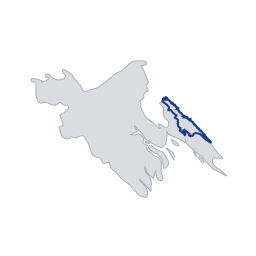 Rangamati, Chittagong, Bangladesh shown in context, rotated 323°
{"feature_id": "16705992B35610473312733", "entity_name": "Rangamati", "entity_type": "district", "adm_level": 2, "iso_a3": "BGD", "parent_name": "Bangladesh", "parent_adm1": "Chittagong", "projection": "equal_earth", "projection_center": [92.168, 22.796], "detail": "fine", "context": "in_parent", "style": "outline", "palette": "blue", "viewbox_px": 256, "rotation_deg": 323, "n_neighbors": 0, "source": "geoboundaries", "source_scale": "gbopen_adm2", "svg_char_len": 8588}
<svg xmlns="http://www.w3.org/2000/svg" viewBox="0 0 256 256"><g transform="rotate(323 128 128)"><path d="M95.2,181.1L95.2,175.0L92.1,162.9L92.2,161.5L91.6,155.7L90.8,152.5L90.4,149.0L92.4,144.1L91.6,143.3L87.3,141.8L86.8,140.5L87.8,135.7L84.7,131.1L83.5,127.6L86.9,116.6L87.8,108.9L87.6,107.4L85.6,105.7L82.0,105.0L79.4,103.6L77.9,101.4L76.7,100.5L75.1,101.2L73.1,100.3L71.5,98.2L70.1,95.6L70.7,92.7L73.4,85.9L74.4,85.7L76.6,87.0L77.5,87.0L79.0,84.4L81.2,76.8L88.5,77.4L90.2,77.2L92.0,76.6L93.0,75.6L93.6,74.4L93.4,73.3L91.2,71.9L90.3,70.8L89.8,67.8L89.1,66.6L84.7,66.5L82.5,65.1L81.2,63.8L79.0,59.7L76.3,56.6L73.7,55.9L72.7,54.9L72.2,53.3L72.5,51.1L73.9,46.7L81.2,37.3L81.4,36.2L81.1,35.0L79.0,33.5L78.9,32.8L79.5,30.8L80.7,30.6L83.2,32.4L85.7,35.3L87.2,37.8L87.2,39.9L89.2,40.3L90.8,41.2L92.5,40.9L93.6,41.4L94.4,41.2L94.7,40.1L93.3,37.1L94.0,35.9L95.6,35.9L96.8,37.0L97.7,39.3L97.8,42.9L99.7,46.1L102.3,48.4L104.3,49.4L106.7,50.2L108.8,49.4L109.8,47.2L109.4,45.2L109.7,43.4L110.5,42.4L111.8,42.5L112.8,43.9L115.5,51.6L114.9,55.0L115.5,64.3L114.8,70.5L115.2,72.8L115.7,73.3L119.9,74.4L126.1,76.9L130.8,77.8L152.2,77.1L156.8,78.3L171.1,77.4L175.0,79.4L179.2,82.6L181.6,84.9L182.0,86.3L181.8,87.5L181.0,88.1L179.5,88.1L176.1,86.6L175.6,87.0L175.5,90.8L172.8,100.1L172.4,102.9L171.5,104.1L168.6,104.7L166.8,110.1L166.0,110.8L164.1,109.6L163.0,109.8L161.5,110.3L160.1,111.5L159.1,113.1L157.9,113.6L153.9,113.5L153.2,116.0L150.5,119.3L148.7,128.1L148.8,130.8L151.0,137.8L152.6,146.9L153.2,147.8L153.9,147.9L154.0,143.7L154.7,143.2L155.6,143.7L157.5,149.3L158.6,150.7L160.2,151.1L162.1,150.2L163.5,148.6L164.1,146.8L163.6,140.7L164.5,138.2L167.8,134.5L168.3,133.4L168.1,127.3L169.3,127.0L170.9,127.5L173.0,126.1L173.7,126.0L174.5,127.6L176.0,127.3L178.2,139.5L178.4,148.1L178.9,152.8L179.7,153.9L182.2,161.1L184.6,186.3L184.8,202.4L185.8,207.9L185.0,209.1L184.2,209.3L183.5,207.4L178.2,203.3L176.9,203.7L175.1,206.1L174.4,208.3L174.7,211.4L175.2,214.5L176.5,216.2L176.6,218.1L178.0,225.4L177.6,225.4L174.7,218.8L171.2,212.3L170.1,200.7L170.0,195.0L167.6,188.3L165.4,176.5L166.4,172.4L164.7,174.2L162.1,167.2L157.9,160.3L156.7,157.3L156.7,154.3L154.9,157.3L152.5,159.4L150.0,162.5L148.4,163.5L143.2,164.0L140.2,159.8L135.9,149.6L135.4,147.2L136.0,141.2L135.0,135.5L134.7,130.4L133.9,130.9L133.6,132.3L133.8,134.4L133.5,136.2L126.2,135.0L129.3,138.0L132.6,138.7L134.3,141.4L134.4,145.9L131.1,148.6L131.4,150.9L133.3,153.6L131.0,154.4L130.4,156.2L130.3,158.8L131.9,162.8L131.6,164.3L134.3,169.5L134.8,172.0L134.1,175.5L128.2,182.7L126.5,187.7L125.0,190.1L123.2,190.5L121.0,188.1L121.0,185.6L121.4,183.7L124.5,179.0L122.9,179.6L118.0,183.5L117.1,180.3L116.6,177.4L116.6,173.8L118.9,168.5L116.3,171.1L115.5,174.5L115.8,178.4L115.5,181.2L114.4,184.8L113.0,187.0L110.8,188.4L109.7,190.6L108.2,192.2L107.7,184.8L106.2,174.9L105.8,177.1L106.6,183.2L106.5,187.2L105.3,190.4L102.8,193.8L100.9,194.2L99.8,193.7L96.2,188.6L96.0,183.8L95.2,181.1ZM138.9,181.3L134.5,182.4L132.2,182.1L136.5,173.2L136.3,169.2L135.7,166.0L133.6,163.3L133.5,161.5L132.5,159.0L132.0,156.0L134.4,155.0L136.3,156.7L137.0,160.1L137.9,162.6L141.2,167.8L141.2,171.0L140.2,178.9L138.9,181.3ZM148.3,178.3L145.6,180.7L146.6,166.7L148.5,171.9L149.0,174.7L148.3,178.3ZM158.6,171.3L157.4,172.3L156.3,171.5L154.9,168.2L155.6,164.0L156.1,163.4L157.8,167.6L158.6,171.3ZM168.5,201.0L167.0,201.2L166.2,200.2L166.6,198.7L166.2,194.2L168.1,193.7L168.8,197.5L168.5,201.0ZM166.8,188.2L165.7,192.8L165.2,190.7L166.0,186.8L166.8,188.2ZM135.6,151.7L136.0,153.1L133.6,151.2L132.9,149.9L134.0,149.2L135.6,151.7Z" fill="#d9dde1" stroke="#a8b0b8" stroke-width="1"/><path d="M185.3,189.3L185.5,189.0L185.8,188.9L185.8,188.7L185.5,187.0L185.5,186.9L185.3,186.9L185.3,186.7L185.4,186.3L185.3,186.1L185.3,185.7L185.2,185.6L185.3,185.5L185.1,184.9L185.3,184.8L185.3,184.6L184.9,183.9L185.0,183.5L184.8,182.9L185.0,182.8L185.1,182.2L184.8,182.1L184.8,181.5L184.6,181.5L184.4,180.3L184.0,179.9L184.1,179.7L184.4,179.7L184.4,179.4L184.8,179.6L184.7,179.8L184.8,180.0L185.1,180.1L185.3,179.6L185.2,178.7L185.2,178.4L184.9,178.3L184.9,177.4L184.8,177.0L184.7,177.0L184.7,175.6L184.7,175.3L184.5,175.2L184.5,174.9L184.5,174.7L184.6,174.1L184.5,173.8L184.4,173.7L184.5,173.7L184.4,173.5L184.5,173.4L184.3,173.0L184.3,172.1L184.2,172.1L184.1,171.7L184.1,171.4L184.0,170.9L183.9,170.8L184.0,170.7L183.8,170.5L183.9,170.4L183.8,170.1L183.7,169.9L183.9,169.9L183.7,169.8L183.8,169.7L183.7,169.2L183.7,168.9L183.6,168.6L183.6,167.7L183.7,167.4L183.6,167.2L183.7,166.9L183.6,166.7L183.4,166.3L183.5,166.3L183.4,166.1L183.5,165.9L183.4,165.8L183.2,165.8L183.2,165.5L183.0,165.3L183.1,165.1L183.1,164.9L183.3,164.9L183.4,164.4L183.3,163.9L183.2,163.8L183.2,163.6L183.3,163.7L183.2,163.5L183.2,163.2L183.3,163.0L183.3,162.8L183.1,162.8L183.1,162.6L183.1,162.3L183.1,162.2L183.1,161.9L183.2,161.7L183.0,161.4L182.8,160.3L182.9,159.8L182.7,159.6L182.8,159.4L182.6,159.5L182.6,159.2L182.5,159.3L182.3,159.1L182.2,159.2L181.8,159.0L181.9,158.7L181.8,158.1L181.7,157.7L181.7,157.8L181.7,157.3L181.5,157.0L181.6,156.9L181.4,156.5L181.4,156.4L181.5,156.1L181.2,155.7L181.5,155.8L181.4,155.6L181.5,155.3L181.4,155.2L181.5,155.1L181.2,155.0L181.3,154.8L181.1,154.6L181.2,154.0L181.1,153.9L180.8,154.3L180.7,154.1L180.4,153.5L180.4,153.1L180.2,153.3L180.0,153.2L179.9,153.4L179.8,153.2L179.9,152.8L179.3,152.8L179.3,152.6L179.2,152.6L179.3,152.5L179.2,152.4L179.4,152.0L179.2,151.8L179.3,151.8L179.3,151.7L179.3,151.4L179.4,151.2L179.5,151.0L179.5,150.4L179.5,150.1L179.4,150.0L179.5,149.5L179.5,149.3L179.6,149.1L179.7,148.5L179.5,148.0L179.5,147.8L179.4,147.7L179.1,147.1L178.8,146.9L179.1,146.1L178.8,145.9L178.9,145.5L179.0,145.1L178.8,144.4L178.9,144.2L178.7,144.1L178.7,142.8L178.7,142.5L178.6,142.4L179.9,142.4L180.0,142.3L179.9,142.2L179.9,141.8L179.6,141.6L179.6,141.4L179.8,141.5L179.6,140.9L179.4,140.8L179.5,140.1L179.3,139.8L179.3,139.6L179.2,139.7L179.2,139.2L179.3,138.7L179.4,138.4L179.4,138.2L179.1,138.0L179.2,137.8L179.0,138.0L178.8,137.8L179.0,137.6L178.7,137.5L178.9,137.2L178.8,137.3L178.7,136.9L178.7,136.7L178.8,136.9L178.8,136.7L178.6,136.4L178.5,135.8L178.4,135.7L178.2,135.9L178.1,135.3L178.2,135.0L178.0,134.9L178.2,134.7L177.8,134.5L177.9,134.4L178.0,134.4L177.9,134.3L178.0,134.2L177.8,134.0L177.9,133.9L177.8,133.7L178.0,133.5L177.9,133.4L177.9,133.1L177.8,132.9L177.7,133.0L177.7,132.8L177.8,132.6L177.7,132.4L177.6,132.1L177.6,131.8L177.7,131.6L177.6,131.3L177.6,131.2L177.6,130.9L177.4,130.4L177.3,130.5L177.2,130.3L177.1,130.2L177.1,130.3L177.1,129.6L177.3,129.4L177.1,129.2L176.9,129.1L176.8,129.3L176.8,129.1L176.9,128.8L176.7,128.7L177.2,127.4L177.1,126.7L176.8,126.4L176.8,126.2L176.5,125.9L176.1,126.0L175.9,126.1L175.8,126.3L175.9,127.0L175.7,127.3L175.7,127.9L175.4,128.4L175.2,128.4L175.1,128.2L175.0,127.7L175.2,127.3L175.0,126.8L174.9,126.6L174.5,126.4L174.3,126.5L174.3,126.2L174.1,126.0L174.2,125.5L173.9,125.4L173.7,125.6L173.3,126.1L173.0,126.6L172.9,126.9L172.8,127.1L172.7,127.0L172.3,127.6L171.9,127.4L171.8,127.9L171.8,128.0L171.8,128.5L171.7,128.5L172.7,131.6L173.0,132.7L173.3,135.9L172.9,136.5L172.1,137.0L171.0,138.1L173.0,139.6L173.0,141.4L173.2,143.5L173.7,145.3L174.4,147.0L174.1,147.2L173.4,147.4L173.3,147.2L172.7,147.7L171.6,148.0L172.5,150.3L172.8,151.8L171.6,152.7L171.2,154.0L170.8,154.3L170.3,154.3L169.8,155.7L169.3,156.1L169.2,156.9L169.2,157.7L169.9,159.7L169.6,159.9L169.0,160.0L168.9,160.9L168.0,160.9L167.9,161.2L168.2,161.3L168.4,161.6L168.1,162.2L168.3,162.5L168.3,163.1L168.4,163.5L168.6,164.1L168.6,164.3L168.7,164.7L168.9,164.8L168.9,165.0L169.0,165.7L169.0,165.8L169.1,166.2L169.2,166.6L169.3,167.1L169.2,167.1L169.1,167.5L169.3,167.6L169.5,167.7L169.3,167.7L169.3,167.9L169.8,167.8L169.9,167.7L170.0,167.4L170.2,167.1L170.4,167.0L170.3,166.7L170.5,166.4L170.4,166.1L170.4,165.9L170.2,165.7L170.3,165.0L170.2,165.0L170.2,164.9L170.0,164.6L170.1,163.8L170.6,163.6L170.6,163.4L170.8,163.2L170.9,163.3L170.8,163.6L171.0,163.6L171.3,163.4L171.6,163.4L171.6,163.6L171.9,163.6L171.7,164.2L171.9,164.1L172.0,164.4L172.2,164.5L172.4,165.0L172.3,165.4L172.5,165.4L172.5,166.3L172.9,166.9L172.9,167.3L173.1,167.6L173.1,167.9L173.2,168.0L173.2,168.5L173.4,169.0L173.3,169.4L173.4,169.5L173.0,169.7L172.9,169.9L172.8,170.2L172.3,170.7L172.4,171.0L172.6,171.1L172.9,171.9L173.1,171.7L173.4,171.8L173.3,172.0L173.2,172.3L174.6,172.5L174.8,172.6L174.8,173.0L175.1,173.1L175.5,173.1L176.5,172.6L176.9,172.2L179.0,172.7L179.9,173.6L181.5,175.7L181.9,176.3L182.0,176.9L182.4,179.1L182.4,180.4L182.9,182.0L183.1,183.5L183.4,184.7L184.2,186.8L184.6,188.3L185.3,189.3Z" fill="none" stroke="#1e3a8a" stroke-width="2"/></g></svg>